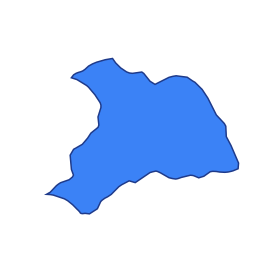 the Province of Laghman, rotated 254°
{"feature_id": "AFG-1770", "entity_name": "Laghman", "entity_type": "Province", "adm_level": 1, "iso_a3": "AFG", "parent_name": "Afghanistan", "parent_adm1": "", "projection": "equal_earth", "projection_center": [70.121, 34.819], "detail": "fine", "context": "isolated", "style": "filled", "palette": "blue", "viewbox_px": 256, "rotation_deg": 254, "n_neighbors": 0, "source": "natural_earth", "source_scale": "10m", "svg_char_len": 1355}
<svg xmlns="http://www.w3.org/2000/svg" viewBox="0 0 256 256"><g transform="rotate(254 128 128)"><path d="M58.5,222.6L57.9,217.3L57.9,215.3L58.1,212.1L58.7,208.9L60.4,204.0L61.9,200.8L63.0,197.5L63.3,195.0L60.7,187.6L60.6,182.3L63.9,178.2L64.6,177.0L65.4,175.0L65.8,165.7L65.6,162.0L65.8,159.8L67.1,156.9L68.9,153.7L76.0,146.8L77.9,144.6L78.9,143.0L79.1,139.6L79.1,136.9L73.5,119.9L76.9,114.5L75.2,106.3L74.1,103.0L68.8,93.6L67.5,89.5L66.9,86.4L65.8,83.3L64.8,81.5L58.8,76.3L56.1,67.3L57.8,63.2L58.2,60.7L58.8,59.4L59.4,58.8L60.5,58.5L62.4,57.6L63.7,56.8L69.4,53.7L74.7,50.0L77.5,47.3L84.1,37.7L85.4,35.0L86.7,31.4L87.7,35.5L92.3,43.3L93.3,45.8L94.0,48.1L94.5,57.2L96.2,61.1L97.8,62.6L103.8,62.2L117.8,64.9L122.5,69.8L124.9,79.6L129.4,86.4L133.3,90.9L136.9,99.4L138.9,100.8L146.9,102.2L155.1,107.6L157.5,108.3L160.0,108.2L169.0,105.4L178.3,101.2L180.3,99.9L188.6,92.3L191.9,87.4L194.1,90.4L194.9,93.2L195.1,95.7L195.1,97.8L195.3,100.1L196.2,102.8L198.4,107.2L199.4,111.5L199.9,115.9L199.9,125.0L199.1,132.3L193.9,134.1L187.8,137.5L182.3,142.1L180.4,144.7L179.3,147.4L178.0,156.7L176.1,158.2L166.8,162.1L162.5,166.0L165.4,181.4L165.3,185.4L164.9,188.7L160.5,198.9L155.6,202.9L153.4,205.0L144.6,209.9L134.7,213.0L116.2,216.5L105.8,221.8L102.8,222.5L92.6,220.1L82.7,222.2L63.8,224.6L58.5,222.6Z" fill="#3b82f6" stroke="#1e3a8a" stroke-width="1.5"/></g></svg>